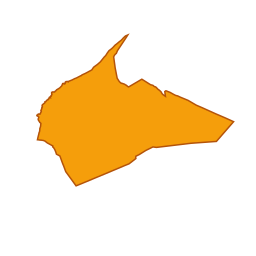 the district of Klæbu nor, Sør-Trøndelag, Norway, rotated 304°
{"feature_id": "86288312B3203953779566", "entity_name": "Klæbu nor", "entity_type": "district", "adm_level": 2, "iso_a3": "NOR", "parent_name": "Norway", "parent_adm1": "Sør-Trøndelag", "projection": "mercator", "projection_center": [10.509, 63.25], "detail": "fine", "context": "isolated", "style": "filled", "palette": "amber", "viewbox_px": 256, "rotation_deg": 304, "n_neighbors": 0, "source": "geoboundaries", "source_scale": "gbopen_adm2", "svg_char_len": 4371}
<svg xmlns="http://www.w3.org/2000/svg" viewBox="0 0 256 256"><g transform="rotate(304 128 128)"><path d="M205.0,75.8L203.0,74.5L201.7,74.1L201.0,74.0L199.7,73.7L198.6,73.6L196.6,73.2L193.9,72.3L193.4,72.2L191.0,71.5L189.7,71.0L186.0,70.4L184.7,70.1L183.2,69.6L181.5,69.0L181.4,69.0L178.6,68.9L175.5,69.0L173.6,68.6L167.4,68.1L163.6,67.1L160.3,65.9L159.1,65.5L155.9,65.5L149.4,62.1L147.0,60.6L146.1,60.1L145.3,60.0L144.9,59.6L140.5,57.2L139.3,56.3L136.6,54.8L133.5,52.7L133.1,52.7L133.2,52.4L133.0,52.1L132.9,52.1L132.7,52.0L132.7,51.8L132.6,51.7L132.4,51.6L132.3,51.4L132.2,51.3L132.2,51.2L131.9,50.8L131.9,50.7L131.7,50.6L131.3,50.6L131.1,50.4L130.8,50.4L130.7,50.6L130.5,50.8L130.3,50.9L130.1,50.9L129.8,50.9L129.6,51.0L129.4,51.0L129.3,50.8L129.2,50.8L129.2,50.7L129.4,50.7L129.4,50.4L129.1,50.2L128.9,50.2L128.8,49.9L128.9,49.7L128.8,49.4L128.7,49.3L128.6,49.2L128.4,49.2L128.2,49.0L127.8,49.2L127.5,49.3L127.3,49.2L127.2,49.3L125.9,49.5L123.2,49.0L121.9,48.5L121.7,48.3L120.7,48.0L120.5,47.8L120.2,47.7L119.9,47.5L119.7,47.5L119.2,47.4L118.8,47.4L118.3,47.3L118.1,47.2L117.7,47.0L117.3,47.1L117.2,47.1L116.9,47.0L116.9,46.9L116.7,46.8L116.6,46.6L116.4,46.4L116.3,46.1L116.2,46.0L116.1,45.9L115.8,45.7L115.7,45.6L115.5,45.3L115.5,45.1L115.3,45.1L115.2,45.1L114.9,45.2L114.7,44.9L114.6,45.0L114.3,45.2L114.1,45.3L113.7,45.5L113.4,45.8L113.3,46.1L113.1,46.1L112.9,46.2L112.7,46.2L112.4,46.3L112.2,46.3L112.0,46.2L111.9,46.3L111.7,46.4L111.5,46.2L111.3,46.3L111.3,46.5L111.2,46.5L111.0,46.4L110.9,46.3L111.0,46.3L111.0,46.2L110.8,46.2L110.3,46.0L110.2,46.1L109.9,45.9L109.7,45.8L109.6,46.0L109.4,46.3L109.4,46.5L109.1,46.2L108.9,45.9L108.8,46.0L108.5,45.9L108.1,45.9L107.9,45.9L107.6,45.8L107.5,46.0L107.4,46.0L107.3,45.9L107.2,45.8L107.2,45.7L106.7,45.6L106.6,45.8L106.3,45.6L106.1,45.4L105.7,45.2L105.3,45.1L104.9,45.2L104.6,45.1L104.3,45.0L104.0,45.1L103.6,44.9L103.4,44.7L103.2,44.5L102.8,44.9L102.4,44.9L102.2,44.9L101.8,44.9L101.7,44.7L101.2,44.6L100.6,44.4L100.2,44.4L99.8,44.1L99.5,44.0L99.4,44.1L99.2,44.2L98.8,44.2L98.4,44.3L98.3,44.6L98.2,44.7L97.9,44.9L97.9,45.0L97.7,45.1L97.3,45.0L97.0,45.1L97.0,45.3L96.4,45.3L96.2,45.5L95.9,45.7L95.3,45.7L95.2,45.7L94.9,46.0L94.3,46.0L94.0,45.9L93.9,45.9L93.8,46.0L93.7,46.3L93.6,46.5L93.3,46.6L93.1,46.8L93.0,47.0L92.9,47.0L92.6,47.0L92.5,46.9L91.8,47.0L91.4,47.2L91.2,47.1L90.5,47.3L90.3,47.3L90.1,47.0L90.1,46.9L89.9,46.8L89.8,46.7L89.8,46.3L89.7,46.2L89.4,46.0L89.4,45.9L89.1,45.7L88.8,45.7L88.3,45.7L88.1,45.6L87.6,45.3L87.3,45.6L87.2,45.8L87.2,46.2L87.4,46.7L87.4,46.9L87.3,47.7L87.2,47.8L87.1,48.0L86.8,48.1L86.0,48.3L85.3,48.5L84.8,48.8L84.6,49.0L84.1,50.0L83.8,50.8L83.4,51.6L83.3,51.8L83.3,52.3L83.2,52.9L83.1,53.2L80.5,54.6L78.1,55.3L77.6,55.6L77.2,55.9L75.7,56.6L75.4,56.7L75.1,56.8L74.7,56.8L74.4,56.9L73.4,57.3L70.4,58.4L67.6,59.5L68.1,60.4L68.3,60.7L68.7,61.7L69.3,62.6L69.6,63.2L69.7,63.6L70.2,64.4L70.5,65.5L70.7,66.3L70.5,69.4L70.9,73.7L71.0,74.8L71.0,75.0L71.1,75.3L71.1,75.5L70.9,75.5L70.8,75.8L70.7,75.9L70.5,76.0L70.4,76.2L70.2,76.3L70.2,76.5L70.2,76.8L70.2,77.0L70.1,77.3L70.0,77.5L69.9,77.7L69.9,77.8L69.0,79.6L67.6,81.7L67.2,82.2L66.3,83.3L66.7,87.2L61.9,93.8L60.6,95.8L57.0,100.8L54.0,109.1L51.0,117.3L55.6,120.4L67.0,127.9L85.7,140.2L94.6,146.0L98.9,148.9L107.1,151.6L107.5,151.1L108.2,150.7L109.0,150.3L112.3,152.2L119.3,155.3L120.2,155.8L122.1,156.9L124.2,158.1L126.2,159.2L127.8,162.4L150.6,188.8L166.3,208.8L192.3,212.0L190.7,202.7L188.8,192.7L186.3,178.1L185.1,171.8L184.5,162.3L183.8,158.9L182.8,154.0L182.4,151.3L181.7,149.4L181.5,148.1L181.2,144.8L181.1,143.2L180.6,140.9L180.2,139.0L179.9,138.5L178.8,138.1L175.2,141.3L175.2,139.0L175.4,137.5L175.6,136.8L176.4,135.3L176.6,134.5L176.9,132.2L176.8,131.9L177.0,130.5L177.1,130.2L177.4,128.9L177.5,128.2L177.4,127.5L177.2,127.2L177.1,126.4L177.3,124.9L177.2,124.6L177.0,123.8L176.7,123.1L176.5,122.4L176.2,112.2L175.0,111.6L163.1,105.9L162.3,105.4L162.3,105.1L162.3,104.7L162.3,104.2L162.3,103.9L162.4,103.7L162.4,103.4L162.5,103.2L162.5,102.7L162.5,102.4L162.3,102.0L162.3,101.9L162.3,101.6L162.4,101.2L162.4,100.9L162.3,100.5L162.3,100.2L162.2,100.1L162.1,99.6L162.0,99.1L161.8,98.6L161.8,98.3L161.7,98.0L161.5,97.5L161.4,97.5L161.4,97.3L161.3,97.2L161.6,94.9L163.2,91.2L170.7,83.7L172.4,82.2L179.0,76.3L181.0,76.1L182.5,76.3L183.3,76.6L186.2,76.0L201.8,75.9L205.0,75.8Z" fill="#f59e0b" stroke="#b45309" stroke-width="1.5"/></g></svg>